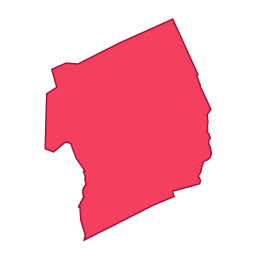 Menaka, Gao, Mali, rotated 336°
{"feature_id": "8926073B3742503303790", "entity_name": "Menaka", "entity_type": "district", "adm_level": 2, "iso_a3": "MLI", "parent_name": "Mali", "parent_adm1": "Gao", "projection": "orthographic", "projection_center": [2.874, 16.667], "detail": "fine", "context": "isolated", "style": "filled", "palette": "rose", "viewbox_px": 256, "rotation_deg": 336, "n_neighbors": 0, "source": "geoboundaries", "source_scale": "gbopen_adm2", "svg_char_len": 3417}
<svg xmlns="http://www.w3.org/2000/svg" viewBox="0 0 256 256"><g transform="rotate(336 128 128)"><path d="M42.4,212.6L44.2,212.5L48.9,212.2L51.7,212.2L53.7,212.0L58.8,211.7L63.8,211.6L66.8,211.4L68.1,211.4L73.1,211.1L77.9,210.9L82.2,210.7L82.7,210.6L85.8,210.5L87.9,210.4L90.3,210.3L92.5,210.1L94.8,210.0L99.8,209.8L101.8,209.7L105.1,209.5L107.3,209.4L110.2,209.2L115.5,209.0L117.6,208.8L120.6,208.8L122.2,208.8L124.4,208.8L129.6,209.0L131.8,209.0L137.7,209.2L141.3,209.3L142.4,209.3L142.4,207.8L142.6,205.6L142.6,204.8L142.7,204.5L142.9,204.2L143.0,204.0L143.1,203.8L143.9,203.9L145.4,204.2L146.0,204.3L153.0,205.4L160.1,206.5L165.5,207.3L167.3,207.6L170.3,208.0L171.3,207.4L171.6,207.1L172.3,206.3L172.3,206.2L172.7,205.5L172.8,205.1L172.9,203.5L173.0,202.5L172.8,201.9L172.6,201.3L172.6,200.8L172.8,200.2L173.1,200.0L173.5,199.7L174.3,199.3L175.5,198.6L175.8,198.5L176.5,197.8L177.6,196.4L178.1,195.6L179.3,193.9L181.4,191.5L181.7,191.3L182.6,190.2L182.8,190.1L183.1,189.9L183.4,189.8L183.9,189.6L184.5,189.5L185.1,189.4L187.1,189.4L188.0,189.4L188.6,189.1L189.9,188.7L190.9,188.3L191.4,188.0L191.8,187.6L192.4,187.0L193.4,185.6L193.9,184.6L194.0,184.2L194.4,182.6L195.0,180.3L195.2,178.9L195.3,178.5L195.3,178.4L195.4,177.5L195.3,176.7L195.3,176.1L195.4,175.4L195.7,174.5L196.0,173.6L196.4,172.7L196.8,172.3L197.6,171.5L198.2,171.2L199.2,170.4L199.3,170.0L199.2,169.6L199.1,168.3L199.2,167.5L199.4,166.9L199.4,166.6L199.5,166.5L199.4,166.1L199.2,165.5L199.0,165.0L198.9,164.3L199.0,163.8L199.2,163.2L199.7,162.3L199.9,161.9L200.5,160.7L200.6,160.3L200.7,160.0L200.8,159.7L201.0,159.2L201.2,158.8L201.8,157.7L202.3,156.9L203.4,155.1L203.7,154.3L203.9,153.8L204.0,153.1L204.2,152.5L204.8,151.3L204.8,151.0L204.9,150.3L205.0,149.9L205.4,148.8L205.9,148.1L206.3,147.7L207.8,146.7L210.3,145.3L211.3,144.6L211.2,143.3L211.2,136.2L211.1,129.8L211.0,126.4L211.0,123.1L210.9,121.2L210.9,119.7L210.9,119.4L211.0,119.3L211.2,118.7L211.3,118.3L211.5,117.9L211.5,117.4L211.5,116.8L211.4,115.3L211.4,115.1L211.5,114.5L211.8,113.5L211.8,113.1L211.9,110.9L211.9,109.5L211.9,107.9L212.7,107.8L213.6,107.9L213.6,104.1L213.5,97.3L213.4,90.3L213.4,83.6L213.4,76.3L213.3,70.2L213.3,63.7L213.2,56.3L213.2,50.1L213.1,47.1L213.1,46.6L212.9,46.7L153.8,46.9L108.4,49.2L97.8,43.5L82.3,43.4L79.5,61.9L67.8,63.6L63.2,72.9L43.9,113.3L50.3,119.6L64.2,115.6L67.3,116.7L69.4,119.0L68.4,134.3L71.2,149.9L69.6,149.6L69.7,150.1L70.0,150.5L69.7,150.8L69.4,151.0L69.5,151.7L69.5,152.6L69.3,153.1L69.4,153.7L69.5,154.3L69.4,154.7L69.0,155.1L68.7,155.9L68.3,156.5L67.7,157.3L67.6,157.9L67.6,158.2L67.4,158.7L67.4,159.7L67.2,160.7L67.2,161.0L67.0,161.3L66.6,162.3L66.6,162.6L66.4,162.9L65.3,163.3L64.8,163.3L64.2,163.9L63.9,164.5L63.1,164.6L62.6,165.0L62.4,165.7L62.1,166.1L61.7,166.5L61.2,166.5L61.0,166.8L61.1,167.3L61.2,167.9L61.0,168.2L60.4,168.7L60.4,169.1L60.3,169.7L59.7,170.8L59.6,171.4L59.7,171.7L59.6,172.2L59.8,172.6L59.9,173.0L59.8,173.4L59.3,173.4L58.8,173.6L58.2,173.9L57.8,174.2L57.7,174.5L57.6,174.9L57.4,175.0L57.1,174.9L56.6,175.2L56.1,175.8L55.9,176.2L55.7,176.3L55.4,176.4L55.1,176.3L54.8,176.3L54.6,176.3L54.5,176.6L54.3,176.9L54.1,177.3L54.0,177.6L54.0,177.8L53.5,178.0L53.2,178.0L52.6,178.1L52.3,178.2L52.1,178.3L52.1,178.9L52.1,179.2L52.2,179.4L52.1,179.6L51.8,179.8L51.4,179.8L51.1,179.9L50.9,180.0L50.9,180.4L51.9,180.8L47.4,193.2L45.4,208.5L42.4,212.6L42.4,212.6Z" fill="#f43f5e" stroke="#9f1239" stroke-width="1.5"/></g></svg>